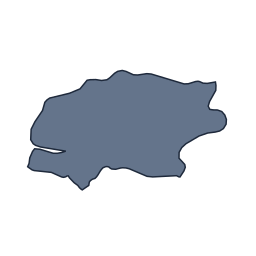 the border of Viana do Castelo, rotated 26°
{"feature_id": "PRT-741", "entity_name": "Viana do Castelo", "entity_type": "District", "adm_level": 1, "iso_a3": "PRT", "parent_name": "Portugal", "parent_adm1": "", "projection": "orthographic", "projection_center": [-8.501, 41.884], "detail": "fine", "context": "isolated", "style": "filled", "palette": "slate", "viewbox_px": 256, "rotation_deg": 26, "n_neighbors": 0, "source": "natural_earth", "source_scale": "10m", "svg_char_len": 1389}
<svg xmlns="http://www.w3.org/2000/svg" viewBox="0 0 256 256"><g transform="rotate(26 128 128)"><path d="M186.4,48.3L188.4,51.2L190.4,55.7L189.7,68.4L190.5,73.2L193.3,75.4L196.6,74.4L200.5,72.6L205.1,72.1L209.3,73.9L212.7,77.2L214.5,81.6L214.0,86.7L211.7,90.5L208.2,93.4L201.8,97.6L195.4,104.0L187.0,116.7L184.9,122.0L184.6,127.5L187.1,132.8L195.0,135.9L196.7,138.2L197.1,142.1L196.2,149.2L195.3,149.6L192.5,149.6L171.7,161.1L166.3,163.1L147.0,164.1L143.7,164.8L140.6,166.1L138.9,167.2L135.0,170.5L131.3,172.0L129.6,171.9L127.7,171.4L125.9,171.9L124.8,172.6L123.0,174.6L122.3,176.8L121.9,179.1L121.5,183.6L121.1,185.8L120.4,187.8L118.4,189.7L117.3,191.8L116.9,193.5L117.9,196.8L114.0,203.7L112.5,203.5L110.5,202.9L108.0,201.6L103.6,200.8L97.1,198.4L95.3,197.2L94.2,197.9L93.4,199.2L91.7,200.6L89.8,201.1L78.5,201.5L62.3,207.4L60.1,207.7L55.8,207.0L54.8,206.8L54.6,203.2L52.8,197.9L52.5,190.9L53.2,187.6L58.2,185.7L71.8,183.5L75.6,181.7L79.1,179.1L82.2,176.1L57.7,183.4L52.6,184.1L49.7,183.7L45.7,181.2L41.5,171.6L41.6,163.1L43.5,149.8L42.0,141.3L42.9,138.2L44.5,135.4L60.2,122.4L67.7,113.9L70.3,103.0L72.8,101.2L77.8,98.6L83.4,96.9L87.9,93.9L89.6,90.9L92.0,84.6L93.9,81.6L97.6,78.8L101.5,78.0L109.5,77.8L113.5,76.1L121.1,70.9L125.2,69.3L159.1,63.8L162.8,61.8L168.4,56.6L170.4,55.3L172.0,54.9L175.8,54.8L179.8,53.1L186.4,48.3Z" fill="#64748b" stroke="#1e293b" stroke-width="1.5"/></g></svg>